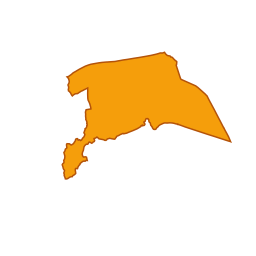 the district of Tapin, Kalimantan Selatan, Indonesia, rotated 138°
{"feature_id": "22746128B54842505361870", "entity_name": "Tapin", "entity_type": "district", "adm_level": 2, "iso_a3": "IDN", "parent_name": "Indonesia", "parent_adm1": "Kalimantan Selatan", "projection": "mercator", "projection_center": [115.129, -2.868], "detail": "fine", "context": "isolated", "style": "filled", "palette": "amber", "viewbox_px": 256, "rotation_deg": 138, "n_neighbors": 0, "source": "geoboundaries", "source_scale": "gbopen_adm2", "svg_char_len": 5323}
<svg xmlns="http://www.w3.org/2000/svg" viewBox="0 0 256 256"><g transform="rotate(138 128 128)"><path d="M208.4,131.9L208.1,131.5L206.8,130.8L204.1,130.4L202.8,129.8L201.9,129.1L201.0,129.5L200.7,129.5L200.1,129.4L199.1,129.1L198.1,129.2L197.8,129.1L197.3,129.2L196.5,130.2L196.2,130.7L196.0,131.1L195.4,131.9L194.5,132.8L193.9,132.9L193.4,132.5L193.1,131.8L193.0,131.7L192.8,131.6L192.7,131.6L191.9,132.1L191.2,132.5L189.5,133.0L188.4,133.0L188.0,133.1L187.9,133.4L187.7,133.4L187.1,133.6L186.4,133.6L184.7,133.5L183.6,133.3L182.8,132.8L182.1,132.0L181.6,132.0L180.9,132.0L180.0,131.1L179.6,131.9L178.4,134.0L178.5,134.4L178.6,134.7L179.2,135.3L180.3,136.0L180.5,136.2L180.5,136.3L180.5,136.8L180.4,137.7L179.9,138.5L179.7,139.1L179.1,139.6L177.5,140.7L177.1,140.8L176.2,141.2L173.5,143.3L172.1,143.8L170.8,143.9L169.8,143.8L169.1,143.1L168.4,142.9L167.8,143.0L167.4,143.3L166.9,143.5L166.2,143.5L165.8,143.0L165.2,141.0L164.6,140.8L164.0,140.8L163.2,140.9L162.5,140.6L162.0,140.6L161.5,140.8L161.0,141.2L160.6,142.6L160.3,142.9L159.0,142.3L158.2,142.1L157.2,142.1L157.0,141.6L156.8,139.3L154.3,136.1L153.9,135.5L153.6,134.5L152.7,133.6L151.8,133.5L150.7,133.7L150.3,133.5L149.4,133.0L148.6,132.7L147.7,131.5L147.5,131.2L145.7,128.9L145.3,128.6L144.9,128.6L144.6,128.6L144.3,128.8L142.8,129.0L142.3,129.3L141.6,129.3L140.1,128.7L137.8,128.2L137.6,128.1L135.3,127.3L135.1,126.6L132.3,125.0L130.7,124.5L125.9,122.7L124.7,122.3L121.7,121.3L117.7,120.5L117.0,120.9L116.5,120.5L115.9,120.7L115.4,120.6L115.3,120.3L115.4,119.7L114.9,119.7L114.2,119.1L113.6,119.2L113.1,119.3L112.7,119.8L112.7,120.3L112.7,120.7L112.6,120.9L112.5,121.2L112.2,121.8L111.8,121.8L111.3,121.5L111.0,121.5L110.6,121.6L109.5,122.4L108.2,122.8L107.7,122.2L107.1,121.9L106.9,121.5L106.9,121.4L107.1,121.2L107.2,120.9L107.1,120.6L107.0,120.4L108.2,118.6L108.2,117.7L108.1,117.3L108.1,117.2L108.2,116.7L109.2,114.9L109.2,114.6L109.4,112.3L109.7,111.9L109.9,110.1L109.5,109.4L109.1,109.1L108.5,108.6L107.8,108.5L106.2,109.0L105.1,108.8L103.6,109.1L102.5,109.0L101.7,108.8L101.3,108.7L98.5,107.8L97.3,107.2L95.8,105.7L95.6,105.5L93.6,104.0L92.0,102.4L90.9,101.0L90.5,100.4L89.3,98.5L88.7,98.1L88.3,97.3L88.5,97.2L88.4,97.1L87.3,95.3L85.1,91.1L84.9,90.7L77.7,78.1L74.2,72.0L73.4,70.6L68.7,62.6L65.6,57.2L62.0,51.0L61.4,50.1L61.0,49.4L60.9,49.2L59.2,54.1L58.7,56.0L58.2,58.0L57.3,61.9L57.1,62.4L57.0,62.9L56.9,63.4L56.8,63.5L56.7,63.9L56.8,63.9L56.7,64.4L55.0,70.9L54.8,71.5L54.7,72.1L53.8,75.6L52.7,79.8L51.5,84.4L50.4,89.0L50.0,90.5L49.6,92.3L48.8,95.4L47.8,99.0L47.8,99.4L47.9,99.8L47.9,101.5L49.0,111.5L49.2,112.4L49.5,114.0L53.1,122.1L56.0,128.6L55.9,129.5L54.3,133.2L51.5,139.5L50.3,142.2L50.2,142.3L50.1,142.5L49.9,142.6L49.4,142.7L47.7,144.3L47.5,144.5L47.4,144.6L47.4,144.8L47.4,145.2L47.4,145.3L47.4,145.5L47.5,145.9L47.7,146.5L47.7,147.2L47.7,147.5L47.8,148.1L47.8,148.3L47.8,148.6L47.8,148.9L47.8,149.8L47.8,150.3L47.8,150.5L47.9,150.9L48.0,151.2L48.0,151.3L48.7,152.1L48.8,152.2L48.8,152.3L48.6,152.6L48.5,152.8L48.5,153.1L48.6,153.3L48.9,153.8L49.5,154.5L49.9,155.1L50.2,155.5L50.3,155.9L50.3,156.4L50.4,156.7L50.5,157.9L50.4,158.1L50.3,159.4L50.2,159.8L52.3,160.7L52.6,160.9L52.8,161.1L53.2,161.7L53.7,162.0L54.1,162.3L55.5,162.9L57.7,164.0L62.2,166.5L66.6,169.2L73.1,173.3L77.2,176.0L78.0,176.5L82.7,179.5L86.1,181.8L88.9,183.5L90.6,184.6L93.1,186.1L95.9,188.3L99.5,191.1L99.7,191.3L103.4,194.1L105.6,195.6L106.5,196.2L109.7,198.2L112.9,200.2L115.3,201.3L118.3,202.5L120.9,203.2L124.7,204.2L128.1,204.9L128.3,204.9L131.4,205.6L131.9,205.7L134.3,205.7L137.7,206.1L139.1,206.8L139.1,205.6L139.1,204.5L139.5,203.9L139.6,203.6L139.9,202.9L140.6,201.8L141.0,201.5L141.8,200.9L142.6,200.6L143.4,200.4L143.9,200.0L144.6,198.3L145.5,197.3L146.5,196.7L147.4,195.4L147.1,194.4L147.2,193.8L147.2,192.6L147.8,190.5L147.9,189.1L146.3,189.1L144.3,188.7L142.4,187.3L140.5,187.1L140.2,187.0L138.1,186.7L136.9,186.2L135.5,185.9L135.4,185.9L132.4,185.0L131.2,184.7L133.2,182.4L135.0,180.5L136.2,179.1L138.1,176.8L138.9,175.6L139.1,175.1L139.2,174.7L139.6,173.3L140.2,171.6L141.3,169.4L142.0,168.1L142.8,167.0L146.9,169.6L149.0,168.3L150.3,166.5L151.4,165.4L151.9,164.8L152.9,163.3L153.6,162.7L153.9,161.7L154.2,160.7L154.4,160.4L154.6,160.0L155.2,159.1L155.5,159.1L155.8,158.7L155.8,158.2L156.0,158.1L156.4,157.4L157.0,157.4L157.7,156.6L159.0,156.1L159.5,156.0L160.4,156.2L160.8,155.6L161.4,155.4L161.8,155.1L162.3,154.9L162.6,154.6L163.4,154.3L164.0,153.9L164.1,152.9L164.3,152.3L164.7,151.8L165.1,151.7L166.1,151.1L166.6,150.9L167.5,150.9L168.0,150.8L168.7,150.8L170.3,150.2L170.7,150.2L171.6,150.4L171.6,151.2L171.9,151.7L172.5,151.8L173.0,152.2L173.1,152.4L173.1,152.8L172.7,153.2L172.7,153.9L172.9,154.2L174.1,154.7L174.9,154.4L175.2,154.0L176.8,153.4L177.4,153.4L178.3,153.0L178.6,153.0L179.6,152.9L180.3,153.1L181.3,153.2L181.6,153.5L181.9,154.2L181.9,154.8L182.2,155.6L183.8,157.1L184.4,157.1L185.1,156.5L186.7,154.2L187.0,154.1L188.8,154.2L189.5,153.6L190.8,152.9L191.9,152.8L192.2,152.4L193.7,149.4L195.0,148.1L195.6,147.7L196.3,147.2L197.1,147.1L197.4,147.0L197.6,146.6L198.4,145.5L199.0,145.1L200.5,145.1L201.5,144.7L202.3,142.8L203.3,141.0L203.4,140.5L203.5,139.0L204.5,138.2L205.7,137.6L205.9,137.3L206.3,136.2L206.9,135.7L207.0,135.7L207.7,134.2L208.1,132.8L208.6,132.2L208.4,131.9Z" fill="#f59e0b" stroke="#b45309" stroke-width="1.5"/></g></svg>